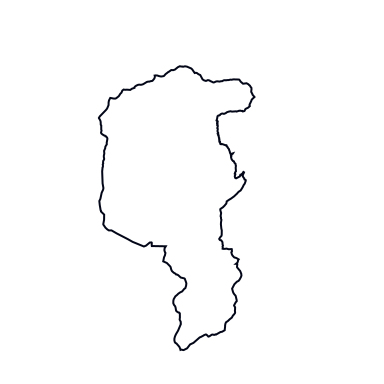 the district of Corbu, Harghita, Romania, rotated 318°
{"feature_id": "2599482B8272511981002", "entity_name": "Corbu", "entity_type": "district", "adm_level": 2, "iso_a3": "ROU", "parent_name": "Romania", "parent_adm1": "Harghita", "projection": "equal_earth", "projection_center": [25.671, 46.995], "detail": "fine", "context": "isolated", "style": "outline", "palette": "ink", "viewbox_px": 384, "rotation_deg": 318, "n_neighbors": 0, "source": "geoboundaries", "source_scale": "gbopen_adm2", "svg_char_len": 6048}
<svg xmlns="http://www.w3.org/2000/svg" viewBox="0 0 384 384"><g transform="rotate(318 192 192)"><path d="M119.4,315.1L120.9,316.0L123.8,316.6L126.6,314.1L127.2,313.4L128.6,312.3L130.0,311.6L132.6,311.9L134.9,311.8L137.5,312.0L139.8,311.2L141.4,311.1L143.0,310.7L143.6,310.2L144.4,309.0L145.4,308.1L146.9,306.5L147.1,305.2L147.4,304.4L150.7,303.2L152.1,303.1L152.8,302.3L154.9,298.5L155.0,297.8L155.0,296.3L155.2,294.9L155.6,293.7L157.1,290.7L161.8,288.9L165.4,288.7L167.1,289.2L168.8,288.9L171.6,287.9L172.8,287.2L173.9,285.7L174.9,283.0L175.1,278.2L175.4,277.7L177.3,276.0L177.1,275.3L176.6,274.8L178.2,274.9L179.3,274.5L180.7,273.5L181.6,273.3L180.8,270.8L180.4,270.0L179.9,269.4L179.6,268.7L179.6,266.2L180.0,264.8L180.9,263.1L181.8,263.0L183.0,261.6L183.3,261.0L180.9,259.0L179.8,257.2L178.6,256.4L177.1,255.1L176.8,254.6L177.6,254.0L178.2,253.0L179.2,252.5L179.7,251.3L180.5,250.4L181.1,249.5L181.4,247.5L180.7,246.6L180.6,246.2L180.8,245.1L182.7,244.5L184.6,244.3L185.4,243.7L188.4,240.5L189.4,238.7L191.9,235.3L193.2,234.0L195.3,232.3L195.6,231.4L196.6,230.2L197.1,229.1L199.6,227.1L200.8,224.6L201.5,223.7L202.3,223.7L205.2,224.1L205.7,223.9L206.7,224.0L208.4,223.7L209.5,223.6L210.3,223.2L211.5,222.2L215.3,222.7L215.6,222.9L220.3,223.4L224.8,223.3L225.6,223.1L227.2,223.1L229.2,223.4L232.7,222.4L235.1,221.4L236.7,221.1L239.5,219.6L239.9,219.0L239.4,217.8L239.9,216.9L240.0,215.5L240.3,214.2L241.6,213.1L242.6,212.8L243.8,212.2L243.6,211.5L241.1,212.2L240.7,211.8L239.9,212.2L239.1,212.2L239.0,211.8L237.9,212.4L234.0,211.4L233.6,210.8L233.6,210.5L233.8,210.3L233.7,210.0L234.4,208.8L235.8,208.1L236.2,207.6L236.0,207.0L237.4,206.2L238.5,206.0L240.7,203.2L242.2,201.9L242.5,201.1L243.2,200.2L243.1,198.5L243.6,197.5L243.6,197.0L243.2,196.4L243.3,194.3L244.2,192.4L245.1,191.8L245.0,191.6L245.7,191.1L245.6,190.9L245.4,190.8L245.6,190.5L248.1,190.8L248.4,190.7L246.1,189.7L246.5,188.2L247.2,187.1L247.5,186.0L248.1,185.0L248.2,183.2L248.5,182.5L248.3,181.2L248.9,180.6L248.9,180.3L248.0,179.3L246.8,177.1L246.1,176.0L245.6,176.0L245.2,175.4L245.3,175.0L245.7,174.4L245.9,173.7L246.4,173.3L246.1,172.8L246.7,172.3L246.7,172.1L247.1,171.7L247.1,171.4L247.6,171.2L247.9,170.4L248.3,170.2L248.3,169.7L249.7,167.7L249.4,167.4L249.9,166.7L250.0,166.1L250.3,166.2L250.7,166.0L251.1,165.5L251.3,164.4L252.1,163.4L253.0,162.8L253.7,161.8L253.6,161.4L255.3,160.3L255.6,159.8L255.7,159.4L255.9,159.2L255.7,159.0L256.3,158.6L256.1,158.4L256.6,157.6L256.9,157.5L257.3,157.1L257.9,157.2L258.1,157.1L258.1,156.3L258.4,156.1L258.1,155.3L259.6,154.4L261.6,152.8L262.8,152.8L263.4,153.3L264.1,153.5L265.1,153.3L266.4,153.6L267.3,154.2L268.0,155.3L269.9,156.0L271.0,156.0L272.8,156.7L274.7,157.8L275.5,159.0L278.7,161.5L278.9,162.0L280.1,162.6L281.1,163.0L281.9,163.7L282.2,163.7L283.2,165.1L283.7,165.5L283.6,166.0L284.1,166.4L285.2,166.9L287.3,166.1L288.6,166.4L289.6,166.8L291.2,166.9L292.5,166.8L292.7,166.1L293.4,165.5L296.8,164.1L298.3,163.3L302.0,163.2L302.1,160.1L302.5,159.4L303.0,157.2L305.1,155.3L305.9,154.2L305.9,152.9L306.2,151.7L306.0,150.8L306.0,149.7L305.3,147.7L302.4,145.7L302.0,142.7L302.3,140.2L302.1,139.8L298.0,135.9L296.7,135.2L295.6,134.1L294.2,133.4L292.8,132.2L291.9,131.7L291.4,131.0L291.1,130.8L290.2,130.2L288.5,129.8L287.7,129.1L286.4,128.4L284.9,126.7L283.9,126.0L281.7,125.3L281.1,124.8L280.2,122.5L279.8,121.9L279.7,121.0L279.2,120.2L278.7,119.5L276.7,118.8L276.5,118.5L275.7,117.2L275.2,115.4L276.4,110.6L275.6,108.8L275.3,107.0L274.7,106.0L273.6,105.4L274.2,101.1L274.1,99.7L272.1,95.4L270.9,93.9L269.1,92.9L268.8,92.3L268.0,91.6L267.1,90.4L265.0,89.8L261.2,89.6L259.6,88.9L258.2,87.5L254.8,87.1L254.3,86.9L253.3,86.9L251.3,86.7L248.9,87.0L248.1,86.7L246.3,85.5L244.9,83.6L244.3,82.4L243.0,81.0L242.2,80.5L242.0,81.0L241.0,81.9L239.9,82.5L237.3,82.9L236.7,82.8L235.3,81.9L234.3,81.5L233.2,80.6L232.1,80.0L227.8,79.2L226.3,78.5L225.6,78.0L224.7,77.0L223.7,76.3L221.9,75.7L220.2,75.5L219.2,75.7L218.9,76.1L216.6,75.1L214.4,74.8L212.1,72.4L210.7,71.3L209.7,70.1L208.1,70.0L206.0,71.0L204.6,71.0L201.7,71.8L198.4,71.6L197.4,71.2L196.1,69.9L195.1,68.5L194.2,67.4L191.6,68.4L190.1,69.5L188.1,71.6L184.7,73.2L182.8,73.5L174.2,74.1L172.4,74.6L172.2,74.9L172.0,76.4L171.4,78.2L170.7,79.2L169.4,80.7L169.1,81.3L169.1,81.8L166.4,84.8L165.9,85.8L164.1,87.0L163.8,87.8L164.0,89.5L164.3,90.2L164.3,90.7L165.0,91.9L164.9,92.7L165.3,93.0L165.3,94.8L164.7,95.9L161.6,98.3L160.5,99.6L158.9,100.0L157.7,100.5L156.8,101.4L154.2,102.6L152.5,104.8L150.7,106.1L149.8,107.1L149.2,108.2L148.4,109.0L146.8,109.5L145.5,110.7L145.2,111.3L144.1,111.8L143.9,112.3L142.6,113.7L141.8,114.0L141.0,114.8L139.1,116.5L131.3,125.8L128.8,129.8L127.5,130.8L124.4,132.1L119.3,135.8L117.1,136.7L114.7,140.0L111.9,144.4L111.8,145.1L111.3,145.6L111.6,150.0L108.1,153.8L104.7,156.4L104.3,156.9L103.8,160.6L104.0,163.0L104.5,164.9L106.5,166.7L108.3,172.3L112.8,184.2L114.5,189.3L119.8,200.3L121.9,201.1L126.8,201.3L128.1,202.3L128.2,202.6L128.0,203.0L126.6,204.4L126.0,205.3L136.2,214.8L134.2,215.4L133.4,216.0L132.6,216.7L132.1,217.6L131.6,218.8L131.5,219.5L129.3,221.1L128.4,221.4L127.4,221.9L124.2,224.3L125.8,227.9L126.0,232.5L125.9,233.4L124.8,235.5L124.3,236.9L124.2,237.5L124.4,239.7L125.0,241.5L125.0,242.7L125.5,243.1L126.1,244.6L126.4,248.0L128.5,251.1L128.6,251.6L127.4,254.6L126.7,256.1L124.9,257.7L122.7,259.0L121.5,258.8L118.1,259.3L116.1,258.7L113.8,258.4L112.1,258.5L109.8,258.4L106.7,259.4L105.3,260.4L103.7,262.1L103.1,263.8L103.0,265.7L102.4,267.0L100.9,269.3L100.7,270.1L100.8,270.8L101.3,272.6L101.8,273.1L101.7,274.1L99.1,277.1L97.4,278.6L96.8,280.8L96.6,281.2L95.8,281.9L95.6,282.4L95.3,282.7L88.9,285.7L84.8,287.0L82.6,288.0L80.8,289.2L79.6,290.5L78.8,292.0L78.7,293.2L79.1,294.1L79.0,298.6L78.4,300.4L77.8,301.6L78.5,301.8L79.7,303.6L80.1,303.9L83.8,304.9L88.6,304.0L92.1,305.1L100.4,305.2L101.4,305.6L104.2,306.3L105.4,306.5L106.9,307.1L107.2,307.5L107.4,308.8L107.4,310.4L107.7,310.6L108.5,310.9L110.7,311.2L111.5,311.4L112.1,311.9L112.8,313.0L114.3,313.6L114.4,314.0L119.4,315.1Z" fill="none" stroke="#020617" stroke-width="2"/></g></svg>